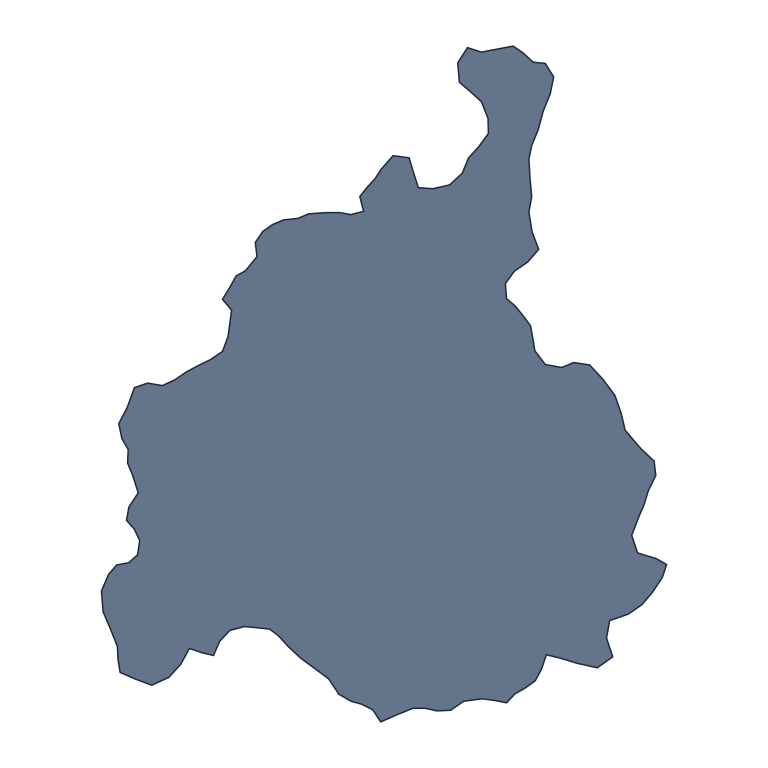 Ouro Verde de Minas, Minas Gerais, Brazil
{"feature_id": "56859067B63067715141112", "entity_name": "Ouro Verde de Minas", "entity_type": "district", "adm_level": 2, "iso_a3": "BRA", "parent_name": "Brazil", "parent_adm1": "Minas Gerais", "projection": "natural_earth1", "projection_center": [-41.295, -18.032], "detail": "fine", "context": "isolated", "style": "filled", "palette": "slate", "viewbox_px": 768, "rotation_deg": 0, "n_neighbors": 0, "source": "geoboundaries", "source_scale": "gbopen_adm2", "svg_char_len": 2027}
<svg xmlns="http://www.w3.org/2000/svg" viewBox="0 0 768 768"><path d="M545.3,63.4L533.2,62.2L522.7,52.6L513.1,46.1L498.8,48.8L481.1,52.1L467.5,47.6L457.7,62.9L459.4,82.3L470.9,92.1L481.4,101.7L488.0,118.3L488.4,133.4L478.6,146.9L468.6,157.8L462.2,173.3L449.6,184.9L432.9,188.7L418.4,187.7L414.0,174.1L409.1,157.8L393.1,155.7L381.1,169.3L375.1,178.6L366.8,187.7L359.8,196.5L363.6,211.3L351.0,214.6L340.0,212.6L326.3,212.6L308.8,213.8L297.9,218.4L283.7,219.9L272.8,224.4L262.8,231.4L255.3,242.5L257.0,256.6L245.5,270.7L236.1,276.0L230.1,286.8L222.5,299.4L231.6,310.2L229.9,323.0L228.0,336.6L222.5,351.4L210.3,359.7L198.4,365.5L186.2,372.0L174.9,379.8L162.3,385.6L147.8,383.1L134.4,387.6L127.2,407.5L118.8,423.6L121.8,438.4L128.2,449.5L127.6,463.1L132.7,475.4L138.2,492.8L128.9,507.1L126.5,520.4L134.2,529.0L139.7,540.6L137.6,554.7L128.9,562.7L116.7,565.0L108.6,574.3L101.4,591.1L103.1,611.8L110.8,629.9L117.4,646.5L118.0,659.5L120.1,672.4L134.4,678.7L151.7,685.2L168.8,677.4L180.9,664.1L189.4,648.5L202.0,652.7L213.5,655.5L219.7,641.2L229.9,630.4L244.2,626.6L255.7,627.6L269.6,629.1L278.3,635.6L288.2,646.5L300.5,658.0L314.4,668.3L328.7,678.9L338.9,694.3L351.1,701.3L361.3,704.1L372.8,709.8L380.7,721.9L396.5,714.9L412.9,708.3L425.5,708.3L436.8,710.9L450.6,710.3L463.6,701.3L481.8,698.8L495.0,700.5L506.5,702.8L515.2,693.7L525.7,687.7L535.3,680.7L541.5,669.1L546.4,654.8L559.6,658.0L577.1,663.3L597.3,667.8L612.7,656.8L606.5,637.9L609.7,620.6L628.5,614.0L642.1,604.5L652.6,592.1L662.4,577.3L666.6,564.5L656.4,558.7L637.6,552.9L631.7,535.3L638.9,516.7L644.2,504.3L648.3,490.8L655.8,475.4L654.1,461.1L641.7,449.5L634.0,440.7L625.1,430.1L621.2,413.3L614.8,395.2L602.9,379.3L589.7,365.0L573.7,362.5L561.7,367.5L545.3,364.5L534.9,350.9L532.7,337.8L530.6,325.8L522.7,315.2L515.3,306.1L506.5,298.6L505.4,283.5L514.2,271.4L527.8,261.9L538.7,249.3L532.1,232.0L528.9,212.1L531.7,196.5L530.0,178.4L528.9,159.3L531.7,145.4L538.1,130.1L543.2,111.2L550.2,93.9L553.7,77.0L545.3,63.4Z" fill="#64748b" stroke="#1e293b" stroke-width="1.5"/></svg>